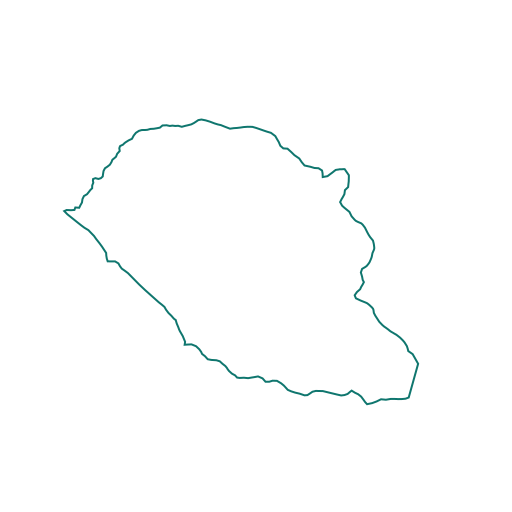 the district of Kasipul, Nyanza, Kenya, rotated 292°
{"feature_id": "3690345B61391920402880", "entity_name": "Kasipul", "entity_type": "district", "adm_level": 2, "iso_a3": "KEN", "parent_name": "Kenya", "parent_adm1": "Nyanza", "projection": "equal_earth", "projection_center": [34.715, -0.502], "detail": "fine", "context": "isolated", "style": "outline", "palette": "teal", "viewbox_px": 512, "rotation_deg": 292, "n_neighbors": 0, "source": "geoboundaries", "source_scale": "gbopen_adm2", "svg_char_len": 3769}
<svg xmlns="http://www.w3.org/2000/svg" viewBox="0 0 512 512"><g transform="rotate(292 256 256)"><path d="M223.7,438.0L224.9,432.8L227.0,431.3L229.0,429.6L231.6,426.0L232.8,423.7L234.3,420.1L235.5,415.9L236.4,409.7L236.8,407.9L237.3,406.5L238.2,403.0L238.5,401.5L239.3,399.1L241.2,394.9L243.8,391.2L244.7,389.9L245.5,388.8L247.4,386.6L250.0,385.1L250.9,384.3L251.7,382.9L253.1,379.3L253.8,376.9L253.9,375.3L253.9,369.5L254.2,364.5L255.6,363.1L256.6,362.2L260.4,363.1L264.2,365.0L266.7,365.1L269.7,365.6L272.2,365.8L273.8,363.9L276.6,362.1L280.0,359.4L283.8,359.2L286.8,361.5L288.3,362.4L290.9,363.2L292.7,363.6L295.8,363.7L297.4,363.7L298.7,363.6L302.3,362.9L305.9,363.0L307.0,362.9L308.1,362.5L310.3,361.3L311.6,360.5L314.1,358.7L316.3,354.7L318.0,352.3L320.0,349.9L323.1,346.4L325.0,343.2L325.7,341.4L325.8,337.3L326.0,335.4L326.5,334.0L328.6,329.8L331.9,326.1L333.2,321.9L333.9,319.7L334.9,317.0L337.5,313.8L341.1,314.1L342.8,314.4L346.4,314.8L350.4,313.8L354.4,315.6L357.8,314.6L359.7,314.1L360.8,313.7L364.3,312.4L365.7,311.8L369.7,305.7L369.5,305.0L368.5,302.9L367.8,301.1L367.1,300.1L366.3,298.7L365.6,297.6L365.2,297.4L363.9,296.6L363.1,296.2L362.8,296.0L361.9,295.5L360.3,294.5L356.8,292.4L354.2,288.3L357.7,286.7L360.0,285.2L360.8,281.1L359.5,277.2L359.1,273.0L358.1,267.1L360.1,263.3L362.6,259.6L363.9,253.8L365.6,249.7L367.3,245.0L366.0,241.0L367.3,237.3L370.2,234.4L372.4,231.5L374.4,229.0L375.8,223.7L375.4,219.5L375.2,216.0L375.0,211.8L374.8,208.2L374.4,204.3L372.8,200.1L370.9,196.2L369.3,193.5L367.6,190.4L366.2,187.5L364.3,184.2L364.2,178.6L364.2,174.4L363.7,171.4L363.4,167.9L363.3,163.1L362.9,158.5L362.1,154.3L360.4,151.6L358.0,150.0L356.0,148.6L353.8,146.7L351.8,144.0L350.2,141.7L348.0,138.8L347.6,135.1L346.3,132.4L345.6,129.7L344.3,127.4L343.7,124.1L342.0,120.4L339.0,118.8L337.3,116.2L335.7,113.6L334.2,110.4L332.3,108.0L331.1,105.6L330.0,102.9L328.2,100.6L325.2,98.5L321.9,97.5L318.2,97.1L315.5,94.6L312.3,92.3L311.5,91.9L311.1,91.7L310.8,91.5L310.2,91.3L309.3,90.9L308.7,90.3L307.9,89.6L307.2,88.9L306.4,88.8L305.8,88.8L304.7,88.9L302.3,90.3L298.8,89.0L295.6,89.0L293.6,88.0L291.5,86.8L288.9,86.8L285.9,86.3L283.1,84.7L280.8,83.1L277.7,82.8L274.6,83.5L272.3,84.1L270.0,83.0L268.4,81.0L268.0,77.9L266.3,76.1L264.7,76.6L263.0,77.7L260.1,77.7L257.4,78.7L255.2,77.7L253.0,77.1L250.0,76.2L247.1,74.0L243.7,73.8L240.4,74.6L237.4,74.2L234.5,74.0L233.3,70.3L230.7,70.4L229.2,67.4L227.7,63.2L225.8,61.4L224.0,65.5L222.5,70.5L220.4,77.5L218.9,82.6L217.9,86.4L217.2,90.9L215.8,94.0L213.9,98.3L211.9,101.4L209.4,105.8L207.0,109.7L202.7,115.9L200.2,117.1L197.6,118.7L195.5,120.5L196.8,123.9L198.2,127.4L197.6,131.2L195.5,133.8L194.0,136.3L193.3,139.4L192.2,143.6L185.8,158.4L182.8,166.1L176.7,183.1L175.6,186.9L174.5,190.2L172.5,192.7L170.4,196.2L168.9,199.9L167.5,202.6L166.9,204.0L166.6,205.5L163.7,207.8L160.8,210.7L159.2,212.1L157.8,213.6L154.3,218.1L149.9,222.4L147.0,223.1L148.3,225.8L149.9,229.3L149.9,234.2L148.3,238.3L146.6,241.0L145.0,242.7L144.0,246.2L142.2,249.9L142.9,253.5L143.7,255.9L144.5,258.3L144.8,261.9L143.5,265.3L142.5,268.8L141.3,271.0L140.5,272.0L139.3,274.0L137.9,277.8L137.5,281.3L136.2,284.0L136.8,286.5L138.6,290.4L139.8,294.5L141.5,297.2L143.0,299.7L145.1,303.0L145.0,307.9L143.0,311.9L144.4,315.4L146.6,318.1L148.1,322.2L147.4,326.9L146.3,330.4L143.8,335.6L143.7,339.3L144.0,343.5L144.7,348.0L145.0,353.2L146.3,355.8L148.4,357.3L151.3,359.2L153.3,362.0L155.8,368.6L156.8,375.5L157.9,382.9L158.6,387.2L160.2,390.1L162.4,392.6L165.1,394.0L167.0,395.1L166.3,399.0L166.1,402.5L165.0,406.2L163.0,409.5L161.5,411.8L160.2,414.5L163.1,418.8L166.3,422.3L170.0,425.6L171.4,430.3L173.8,434.2L175.3,437.8L176.8,442.0L178.1,445.0L179.7,448.1L182.0,450.6L216.8,446.7L223.7,438.0Z" fill="none" stroke="#0f766e" stroke-width="2"/></g></svg>